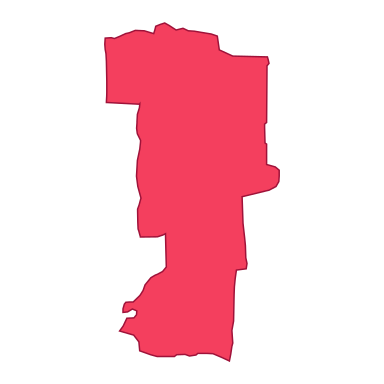 outline of Ak Bugday, Ahal, Turkmenistan
{"feature_id": "10190150B31923585689840", "entity_name": "Ak Bugday", "entity_type": "district", "adm_level": 2, "iso_a3": "TKM", "parent_name": "Turkmenistan", "parent_adm1": "Ahal", "projection": "mercator", "projection_center": [58.565, 38.864], "detail": "fine", "context": "isolated", "style": "filled", "palette": "rose", "viewbox_px": 384, "rotation_deg": 0, "n_neighbors": 0, "source": "geoboundaries", "source_scale": "gbopen_adm2", "svg_char_len": 2392}
<svg xmlns="http://www.w3.org/2000/svg" viewBox="0 0 384 384"><path d="M216.5,35.8L211.2,34.0L201.4,32.4L194.4,31.2L188.5,30.8L188.3,30.8L184.7,29.1L183.0,28.3L176.1,30.0L169.2,25.5L164.7,23.0L161.3,24.1L160.6,24.3L156.6,25.9L155.7,26.3L155.7,26.5L155.1,28.9L154.8,30.1L153.7,33.6L149.6,32.4L144.3,30.8L135.3,30.4L129.2,32.8L125.6,33.6L124.0,34.4L122.8,34.9L120.3,36.1L114.8,38.4L114.6,38.5L113.9,38.4L111.3,37.7L105.2,38.1L105.1,39.5L105.0,41.1L104.8,44.2L105.0,46.9L105.2,49.5L106.0,53.8L106.0,54.0L106.4,61.4L106.4,61.7L106.8,81.3L106.8,92.7L106.7,96.3L106.4,101.8L106.4,102.5L106.7,102.5L139.4,104.2L139.5,104.1L139.8,103.7L139.8,104.1L139.4,107.8L137.4,114.3L137.0,121.5L137.0,122.9L136.6,128.2L137.2,132.9L137.4,133.9L140.5,140.2L140.6,140.4L140.5,142.3L139.8,149.0L137.4,160.4L136.8,170.9L136.5,175.9L136.5,176.3L137.8,186.4L141.0,198.2L140.8,198.7L139.1,205.0L137.6,209.1L137.6,211.1L137.8,221.9L138.1,229.0L138.9,231.3L139.7,234.4L140.4,236.8L140.4,237.0L157.4,236.8L158.4,236.5L162.9,235.0L165.5,233.7L165.5,234.7L166.3,267.0L163.6,270.3L162.6,271.5L157.4,274.3L155.3,275.1L152.4,276.8L150.9,277.7L145.1,284.8L143.5,289.3L143.1,290.5L140.7,294.3L139.9,295.5L133.6,301.6L133.1,302.0L130.3,302.0L129.5,302.0L125.8,302.3L125.6,302.6L124.3,304.2L124.3,304.3L123.0,308.8L123.0,312.4L127.7,311.9L128.1,311.6L132.4,309.0L136.6,310.8L136.8,310.9L136.5,314.8L133.9,317.9L127.3,318.2L126.9,318.2L123.3,325.8L123.2,326.0L122.5,327.0L119.6,331.0L124.0,332.3L133.7,335.1L138.9,341.9L139.7,350.8L150.6,354.7L157.1,356.5L174.4,356.5L176.7,354.7L185.1,354.4L189.5,356.0L196.0,355.0L197.8,353.4L207.2,353.4L213.0,353.7L220.8,357.0L228.2,360.4L229.4,361.0L230.7,354.4L231.9,346.3L232.8,343.0L232.7,342.1L232.3,336.4L231.9,330.4L233.2,323.2L233.6,321.0L233.6,320.3L234.0,299.0L234.1,294.3L234.4,286.8L235.2,278.6L236.4,270.1L236.8,270.0L246.2,268.8L247.0,263.5L245.8,257.8L245.4,245.6L244.6,237.5L243.8,230.5L243.0,223.2L242.5,208.7L242.1,196.7L242.5,196.6L265.9,190.9L269.0,190.2L276.0,186.5L278.8,181.6L278.9,180.7L279.2,175.9L279.2,171.3L279.2,170.2L278.6,169.7L276.2,167.7L275.2,166.9L266.6,164.5L266.6,144.1L265.3,143.2L265.0,142.9L265.0,142.6L264.8,135.0L264.6,127.1L264.6,124.7L264.6,124.1L266.6,122.5L267.0,67.1L267.0,65.8L269.0,63.4L268.2,59.7L267.4,56.9L267.0,56.9L241.9,56.3L232.8,56.1L219.3,49.9L218.4,43.7L217.3,36.1L216.5,35.8Z" fill="#f43f5e" stroke="#9f1239" stroke-width="1.5"/></svg>